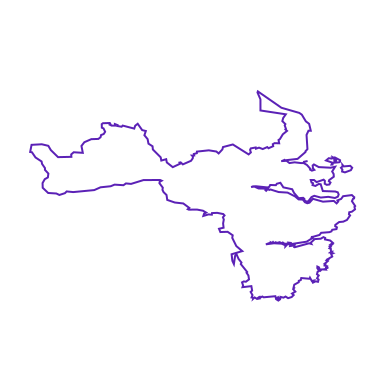 the district of Carrigaline Lea-6, Cork, Ireland, rotated 3°
{"feature_id": "5873133B49467827523795", "entity_name": "Carrigaline Lea-6", "entity_type": "district", "adm_level": 2, "iso_a3": "IRL", "parent_name": "Ireland", "parent_adm1": "Cork", "projection": "equal_earth", "projection_center": [-8.381, 51.806], "detail": "fine", "context": "isolated", "style": "outline", "palette": "violet", "viewbox_px": 384, "rotation_deg": 3, "n_neighbors": 0, "source": "geoboundaries", "source_scale": "gbopen_adm2", "svg_char_len": 6091}
<svg xmlns="http://www.w3.org/2000/svg" viewBox="0 0 384 384"><g transform="rotate(3 192 192)"><path d="M214.2,150.3L206.6,149.5L194.8,151.4L194.8,153.0L191.9,153.9L192.3,155.4L190.1,155.6L191.1,156.6L191.0,158.3L189.4,160.9L181.4,164.9L179.1,163.0L178.0,163.3L178.6,164.4L171.5,168.2L165.3,163.8L164.5,160.6L159.7,162.2L158.9,159.0L150.7,151.6L150.2,148.4L146.0,146.0L144.9,141.5L141.5,137.8L142.7,133.5L139.0,132.8L134.2,126.7L131.8,128.8L131.0,131.7L119.3,129.3L118.3,130.5L114.0,130.0L114.2,129.1L111.5,128.2L111.7,129.7L108.2,129.9L106.6,129.2L107.2,128.8L106.3,127.4L99.4,128.0L98.3,129.0L98.6,132.5L100.3,133.1L102.1,136.4L100.8,138.7L98.2,139.9L97.8,142.1L95.7,143.9L88.7,144.5L81.9,147.9L79.2,151.8L80.9,158.6L71.8,158.5L69.4,160.8L69.7,163.2L56.4,164.2L48.8,157.5L46.1,153.4L39.5,152.2L29.3,153.3L28.3,160.5L30.1,160.7L33.9,165.7L40.2,169.4L40.8,171.8L43.9,175.8L44.0,177.6L47.6,181.1L47.3,185.0L44.3,186.9L42.3,190.9L42.7,195.6L48.4,200.5L56.6,200.6L59.7,201.9L65.2,199.8L66.8,198.0L73.4,198.3L94.3,195.2L100.4,192.1L110.5,190.5L114.3,188.7L123.2,188.8L125.6,186.9L130.7,187.1L143.0,182.6L159.6,181.7L161.1,182.3L159.2,183.5L159.0,184.9L162.6,189.2L162.4,191.4L163.6,193.6L166.7,196.3L167.7,201.2L175.4,203.4L183.9,203.9L190.1,208.0L188.7,209.4L189.7,209.8L198.0,209.3L203.9,210.1L207.2,211.8L205.2,213.0L204.6,215.3L209.7,213.5L213.0,213.6L213.1,212.0L218.3,211.5L224.4,212.4L225.7,213.7L224.2,215.6L225.2,217.8L224.7,221.7L225.4,226.0L220.9,227.3L222.4,230.5L229.7,229.9L234.9,233.1L234.6,235.7L239.1,243.7L245.3,248.4L234.8,252.1L235.9,258.6L237.6,261.8L238.4,253.5L239.6,251.6L242.0,256.4L245.1,259.9L244.5,261.4L251.3,269.0L250.7,269.8L252.7,272.4L253.5,276.3L250.5,278.8L248.4,278.6L246.7,279.6L247.9,282.6L247.4,284.4L256.2,282.9L257.2,287.3L255.8,288.7L257.8,291.8L257.0,294.2L258.9,294.4L258.7,295.4L260.1,294.0L262.2,295.2L263.5,294.2L263.4,295.2L265.0,294.8L264.5,294.0L265.4,293.2L265.9,293.8L267.7,292.7L269.1,293.4L280.7,291.7L281.4,293.9L283.3,292.7L283.5,294.5L282.5,295.1L283.9,295.9L285.5,294.6L285.0,293.4L285.8,293.3L285.8,292.1L288.9,292.7L290.9,291.5L293.5,293.0L297.0,291.7L298.9,289.6L297.2,288.2L300.4,286.1L298.1,283.7L299.0,282.5L298.4,282.2L299.0,279.2L303.3,276.5L303.3,275.1L305.2,274.3L305.6,272.2L313.9,272.5L314.3,271.4L316.3,274.6L317.4,274.3L316.8,274.9L317.5,276.2L320.2,274.7L322.5,275.1L323.0,272.8L321.4,271.6L322.9,268.7L321.1,267.6L321.6,265.1L323.1,264.2L321.1,261.4L321.1,259.9L322.6,260.5L324.5,263.7L325.6,262.5L329.0,262.5L328.5,262.1L329.9,261.8L329.8,260.8L332.1,260.7L330.7,260.3L330.9,259.1L328.3,258.5L329.0,257.2L328.1,256.8L331.1,254.0L330.0,253.3L331.4,252.5L330.8,252.1L335.4,249.1L334.2,246.7L336.0,245.8L334.0,245.1L335.2,244.7L334.0,244.9L334.7,244.2L333.9,244.2L333.6,241.5L332.2,241.0L333.4,239.5L332.5,239.1L334.7,237.0L333.4,237.0L335.3,235.4L332.5,233.2L327.3,232.4L327.4,230.9L325.6,230.2L323.0,231.9L317.0,232.6L313.2,236.5L313.9,237.6L311.6,237.1L297.4,241.8L296.1,241.3L296.8,241.5L297.2,240.0L292.9,240.8L293.3,239.6L291.9,239.4L290.7,238.4L288.1,241.5L288.1,240.4L284.3,238.9L276.8,238.9L276.0,238.7L275.6,238.0L275.4,238.1L274.8,238.8L273.6,238.3L273.8,239.2L272.5,239.2L273.8,239.2L273.9,238.9L273.7,238.4L274.9,238.9L275.5,238.0L275.9,238.7L276.5,238.9L268.5,240.4L272.0,238.9L273.6,239.1L273.4,238.2L274.8,238.6L275.5,237.7L277.0,238.7L278.3,237.8L279.1,238.5L282.2,237.5L284.2,238.5L285.3,237.7L285.9,238.1L285.2,238.7L287.7,238.7L288.4,239.6L289.9,238.2L291.0,238.0L292.1,239.1L293.3,238.5L292.2,237.6L293.5,237.7L293.8,238.4L292.9,239.0L309.1,235.6L313.4,232.6L314.0,230.6L314.7,230.5L314.9,232.8L315.2,230.4L321.6,228.2L323.1,226.0L331.4,224.9L333.3,224.0L334.0,222.4L338.2,221.5L338.6,219.7L336.8,218.7L336.8,217.4L340.5,214.3L344.6,213.7L348.2,211.8L351.1,207.1L349.9,206.0L350.1,204.0L352.7,203.3L355.7,200.8L355.0,198.4L355.7,197.5L352.2,192.8L353.1,190.5L354.1,189.7L354.1,190.7L354.3,188.8L351.8,186.7L343.1,188.3L341.3,191.1L337.7,192.8L338.5,193.9L337.0,195.8L334.1,193.5L323.3,194.8L313.1,192.5L309.9,196.5L307.7,197.2L305.3,196.3L303.1,193.8L298.8,193.8L295.3,191.1L287.5,187.6L278.5,187.5L270.3,185.4L269.0,185.9L267.9,184.7L266.0,186.9L265.3,186.3L266.3,185.3L264.7,184.8L258.3,185.0L253.9,183.3L250.8,184.0L252.5,183.2L255.5,182.9L267.2,183.5L268.9,182.8L269.7,180.9L275.4,180.8L276.3,179.3L279.8,178.2L283.0,182.6L291.9,184.0L293.9,187.5L298.8,192.6L303.3,192.0L304.6,193.0L304.8,194.6L306.8,195.5L308.6,195.2L311.6,190.8L314.3,189.4L320.9,190.8L328.4,189.7L335.1,190.5L337.9,189.0L338.6,186.8L337.6,184.7L335.0,184.0L322.6,184.2L320.1,177.5L318.1,177.4L314.9,179.5L312.0,178.8L312.4,176.9L310.9,176.3L310.0,173.8L313.2,173.6L315.9,175.6L322.8,172.8L324.1,173.9L324.1,176.8L326.2,177.8L328.8,177.3L329.8,175.3L328.1,174.1L328.3,173.0L332.8,169.3L332.5,166.6L330.9,164.2L333.6,159.3L329.1,160.5L317.3,160.5L312.3,158.1L311.1,159.2L311.6,162.1L313.0,163.5L310.6,164.4L308.8,163.5L309.1,162.8L305.4,159.0L302.1,157.3L302.2,156.1L305.8,155.0L302.2,156.0L301.8,157.3L299.2,157.4L292.9,157.0L287.8,158.0L284.8,155.9L279.4,156.5L281.9,156.2L281.3,155.8L283.5,154.7L282.0,155.7L295.7,153.4L303.2,146.2L303.2,145.4L305.0,143.2L305.0,142.8L303.4,129.0L305.1,124.7L307.4,124.6L305.4,117.8L302.0,115.5L297.6,109.0L295.0,107.4L276.9,103.2L252.5,88.1L252.2,89.2L255.5,95.9L256.1,107.0L281.6,109.5L279.2,113.3L278.5,116.5L281.7,119.3L281.1,120.6L282.5,124.0L282.0,124.6L283.7,126.0L279.7,129.6L277.0,134.6L275.7,135.5L276.5,138.8L271.9,138.9L270.2,140.0L270.7,142.0L266.1,144.3L264.8,143.2L260.4,145.4L256.6,144.2L253.6,145.4L253.3,144.2L248.4,145.4L247.8,146.9L248.7,149.4L246.6,151.5L230.3,142.4L220.6,145.5L220.1,147.9L216.6,152.1L214.2,150.3ZM339.5,160.0L341.0,161.7L340.8,163.7L343.7,164.4L349.5,161.9L350.7,159.4L348.7,157.6L342.2,158.5L340.8,157.0L341.1,158.5L339.5,160.0ZM337.4,154.6L338.3,154.0L338.2,152.5L332.8,150.0L331.8,150.1L333.9,151.1L334.3,153.0L333.9,154.1L332.8,153.2L332.8,155.2L332.2,151.1L330.7,150.1L330.9,150.8L329.8,151.3L326.8,151.1L324.2,153.5L331.2,155.5L337.4,154.6ZM331.8,157.1L330.1,156.7L329.9,157.3L331.8,157.1Z" fill="none" stroke="#5b21b6" stroke-width="2"/></g></svg>